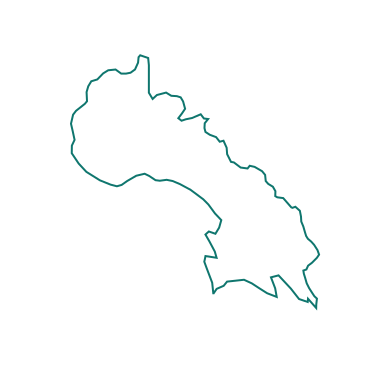 Kato Polemidia, Limassol, Cyprus (Equal Earth projection), rotated 164°
{"feature_id": "46923920B47943470326815", "entity_name": "Kato Polemidia", "entity_type": "district", "adm_level": 2, "iso_a3": "CYP", "parent_name": "Cyprus", "parent_adm1": "Limassol", "projection": "equal_earth", "projection_center": [32.979, 34.706], "detail": "fine", "context": "isolated", "style": "outline", "palette": "teal", "viewbox_px": 384, "rotation_deg": 164, "n_neighbors": 0, "source": "geoboundaries", "source_scale": "gbopen_adm2", "svg_char_len": 1869}
<svg xmlns="http://www.w3.org/2000/svg" viewBox="0 0 384 384"><g transform="rotate(164 192 192)"><path d="M197.2,332.9L204.1,337.7L206.2,336.3L208.2,331.2L213.0,325.5L218.2,323.6L222.8,324.0L227.4,325.3L231.7,330.8L239.0,332.1L244.7,330.5L252.0,326.3L258.3,326.2L262.6,322.2L265.8,317.1L267.9,308.2L270.7,306.3L281.1,302.0L285.0,299.1L289.5,291.0L289.9,283.4L290.5,274.5L294.7,269.7L296.9,262.4L293.1,250.6L288.0,240.5L277.3,228.6L268.2,221.5L262.6,218.2L257.7,218.2L251.4,220.4L241.1,223.0L232.5,222.6L228.8,219.3L223.8,213.4L219.8,211.7L213.0,210.7L207.6,207.9L201.4,202.9L192.8,194.5L183.2,181.9L179.7,175.5L175.8,165.0L171.6,156.9L175.7,150.3L181.0,145.4L186.7,149.4L190.8,147.4L188.9,139.8L186.5,128.5L186.5,122.0L196.7,126.7L198.1,124.0L199.4,121.6L198.9,114.7L197.6,99.2L199.6,87.9L199.4,88.4L195.0,92.1L187.4,93.1L183.0,96.2L166.2,93.3L159.7,87.7L154.0,81.1L147.7,74.0L139.5,67.8L138.6,76.5L139.6,88.2L131.8,88.0L123.6,71.9L118.6,59.6L111.1,54.4L109.9,57.4L104.6,46.3L103.6,49.5L101.3,55.1L103.1,58.1L104.3,61.9L105.1,64.6L105.9,67.3L106.9,72.6L106.9,77.9L107.0,82.7L106.6,85.8L103.4,86.0L100.7,89.2L96.2,90.9L90.1,94.3L87.1,96.8L87.4,101.6L89.2,107.6L91.1,111.5L93.5,115.1L94.4,118.2L94.5,122.0L94.5,128.1L95.1,133.5L94.0,138.3L93.5,144.2L96.7,149.3L99.8,149.1L100.8,149.9L106.0,161.0L111.5,163.4L113.1,165.1L111.6,169.8L112.8,174.8L116.5,178.8L118.1,182.2L117.0,188.3L118.9,192.7L124.9,198.9L129.3,201.3L132.1,199.3L138.5,202.1L143.6,208.9L146.2,210.2L147.8,218.7L146.5,225.0L147.6,232.6L151.5,232.7L153.7,238.1L159.1,242.1L162.5,246.0L162.4,250.0L160.8,254.6L156.4,257.7L160.3,259.4L162.2,264.3L171.6,263.1L177.9,263.6L182.4,263.4L184.8,266.7L180.1,270.2L175.7,273.9L175.6,281.5L176.8,286.1L180.1,288.3L185.4,290.2L189.5,294.7L199.0,294.9L199.4,294.7L204.2,292.3L206.1,299.3L198.5,325.8L197.2,332.9Z" fill="none" stroke="#0f766e" stroke-width="2"/></g></svg>